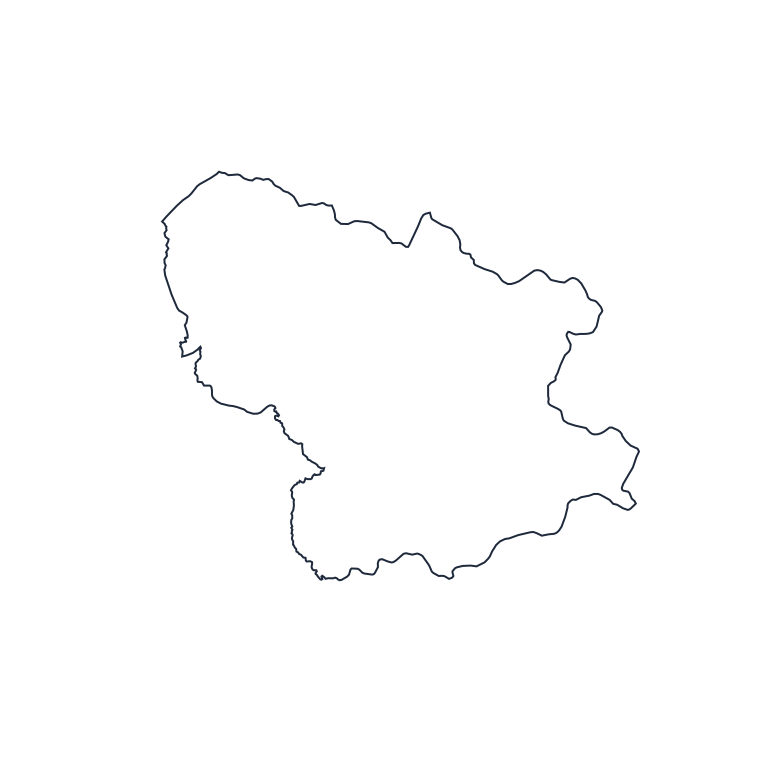 the district of Oesilo, Ambeno, East Timor, rotated 125°
{"feature_id": "22284137B5780280326887", "entity_name": "Oesilo", "entity_type": "district", "adm_level": 2, "iso_a3": "TLS", "parent_name": "East Timor", "parent_adm1": "Ambeno", "projection": "mercator", "projection_center": [124.373, -9.357], "detail": "fine", "context": "isolated", "style": "outline", "palette": "slate", "viewbox_px": 768, "rotation_deg": 125, "n_neighbors": 0, "source": "geoboundaries", "source_scale": "gbopen_adm2", "svg_char_len": 6166}
<svg xmlns="http://www.w3.org/2000/svg" viewBox="0 0 768 768"><g transform="rotate(125 384 384)"><path d="M304.8,640.9L308.0,641.5L314.6,644.1L325.9,649.5L329.0,650.5L338.7,651.1L342.1,651.7L348.6,654.1L357.1,656.0L372.0,658.3L378.2,658.9L378.7,655.4L379.8,653.6L379.9,652.5L381.4,651.8L382.7,650.3L386.3,650.4L388.2,648.3L388.8,647.1L389.0,643.4L391.3,642.5L395.2,641.9L396.6,638.4L401.2,638.1L401.5,636.9L402.6,636.4L403.5,635.2L407.8,635.4L410.8,633.1L412.0,630.9L414.7,629.8L416.2,629.6L420.6,625.5L432.6,609.3L440.2,597.2L441.4,594.1L441.0,589.9L441.0,586.0L441.3,583.9L441.9,583.3L447.1,581.0L450.1,580.9L454.2,575.4L456.7,572.8L458.7,571.4L459.3,571.9L459.6,573.0L460.4,573.5L461.7,572.1L462.4,570.6L463.0,570.4L464.0,571.6L465.7,572.7L466.5,574.6L467.1,574.7L468.1,573.0L470.2,572.5L470.3,571.1L472.8,567.6L477.3,565.1L473.8,562.1L468.0,558.3L462.8,556.5L458.8,555.8L459.5,554.6L462.2,554.1L462.8,552.9L464.8,551.9L466.3,550.0L468.7,549.2L470.6,550.0L472.4,549.9L474.5,550.4L475.4,550.1L477.6,548.0L479.6,547.8L479.8,546.4L480.4,545.9L483.5,545.4L484.1,544.2L484.3,541.8L485.7,540.3L488.3,538.7L489.0,537.8L486.9,534.2L488.5,530.5L485.2,525.8L485.1,524.9L485.9,523.2L488.6,520.7L491.6,518.6L492.6,517.5L493.4,515.8L494.2,511.0L493.6,506.3L490.5,498.3L488.8,495.3L487.3,491.5L485.1,484.0L485.3,480.1L483.4,474.1L480.8,470.6L478.0,468.7L469.9,466.7L467.3,465.5L465.8,463.6L465.2,461.1L465.2,460.4L466.0,459.1L467.8,459.3L469.1,458.3L469.0,457.1L468.3,456.5L469.3,455.1L469.1,453.9L469.8,452.1L471.1,452.0L471.4,453.7L472.5,454.7L473.5,454.5L474.8,453.4L475.4,451.7L474.6,450.6L474.8,449.1L474.0,448.0L475.1,446.5L474.6,445.4L474.8,444.8L476.8,443.2L477.1,441.6L478.5,439.4L480.2,439.0L481.3,437.4L481.5,432.6L483.4,430.0L482.7,427.5L483.1,424.6L482.4,420.6L481.9,419.5L480.2,418.0L480.1,416.5L482.3,415.1L487.9,410.1L488.1,405.1L489.6,403.0L488.9,400.7L489.1,399.0L488.5,394.4L488.7,392.0L489.4,390.7L489.3,389.0L489.0,386.8L488.4,386.3L488.2,385.5L487.3,384.8L489.8,383.9L491.8,385.6L493.8,384.6L495.1,384.7L498.0,388.0L497.7,389.0L498.1,389.3L500.3,389.6L502.9,389.0L504.1,389.6L505.9,392.3L506.3,394.2L509.9,393.2L511.0,393.5L511.5,394.4L511.7,397.5L513.3,397.0L514.6,398.4L516.0,398.0L518.2,399.3L522.4,399.5L524.5,399.2L524.9,397.6L525.5,397.0L528.2,395.6L529.1,394.7L529.9,393.6L530.2,391.7L530.6,391.2L532.0,390.7L535.2,388.1L539.3,386.0L543.4,385.5L544.0,384.1L546.6,382.1L548.3,382.0L550.1,381.1L551.9,379.6L553.4,377.3L554.9,377.5L556.0,375.3L557.3,375.2L558.1,374.4L559.4,374.2L559.6,372.9L560.2,372.1L563.2,371.0L564.1,370.0L564.9,368.2L567.8,366.3L567.9,365.3L569.1,363.4L569.5,361.4L571.5,359.6L571.2,357.6L571.9,356.3L571.5,353.9L572.4,350.6L571.4,348.6L573.4,346.8L573.8,345.6L571.5,342.8L571.2,340.8L572.2,339.9L575.4,338.4L576.7,336.7L577.0,335.0L575.4,332.6L576.0,331.6L578.2,331.6L578.8,331.1L578.9,329.2L579.6,327.9L580.5,324.3L580.3,323.1L579.1,322.6L577.6,324.8L576.5,324.6L576.5,322.2L577.1,320.2L575.0,318.2L572.5,314.4L570.7,313.0L570.2,311.3L570.5,309.4L570.2,307.8L568.8,306.4L562.9,303.7L560.3,303.3L555.1,305.0L553.7,304.7L550.6,299.9L550.2,297.8L551.0,293.4L550.5,291.4L547.0,284.5L545.7,283.3L543.9,283.1L537.5,283.9L534.3,286.3L532.0,287.0L530.5,286.9L528.6,285.1L527.1,278.8L525.9,275.5L524.6,274.2L521.8,273.0L511.9,270.6L510.0,268.9L507.6,263.0L504.3,260.0L503.5,258.8L502.9,256.1L502.8,253.9L506.0,244.9L507.0,242.5L510.2,237.3L510.5,235.3L509.9,229.2L507.3,225.6L506.7,224.0L506.3,218.9L503.5,217.1L501.5,217.0L499.1,219.8L498.1,220.5L494.0,220.1L492.3,219.1L487.9,215.2L483.0,208.8L480.3,203.6L472.4,199.3L467.5,198.5L464.5,198.4L459.2,199.4L451.5,199.8L446.4,198.7L441.6,196.0L438.5,192.8L430.8,187.4L421.3,178.9L419.6,176.8L418.7,173.8L417.7,167.7L412.8,163.0L409.1,158.7L406.9,157.3L403.7,156.6L399.1,156.7L389.1,159.3L379.9,162.8L378.2,164.0L376.2,164.7L372.6,164.1L370.4,163.1L368.8,160.3L363.6,157.5L357.6,151.7L353.7,149.0L351.8,146.4L351.1,145.1L350.6,142.8L349.5,132.7L350.7,127.6L349.2,123.8L348.7,116.9L347.3,112.1L346.1,111.1L344.1,110.4L337.5,109.1L336.2,111.5L335.8,115.3L332.6,120.2L332.2,122.4L334.1,126.7L334.0,128.2L332.8,129.6L328.4,130.8L309.5,132.3L298.9,135.4L293.0,136.4L291.6,139.1L293.0,146.8L292.0,153.3L289.8,159.1L288.5,160.8L287.8,163.2L287.7,166.1L288.9,172.3L290.4,174.3L296.5,176.3L299.9,178.0L302.8,180.3L304.9,183.2L305.5,185.2L305.5,187.6L304.2,193.2L308.5,203.7L310.7,210.8L310.9,215.8L309.7,217.8L304.9,223.1L304.5,224.7L304.6,227.1L305.8,234.6L305.9,236.5L305.4,238.2L304.4,239.2L301.6,240.6L299.9,242.5L291.4,248.5L287.5,248.0L284.3,246.3L282.4,245.8L281.2,246.3L280.1,247.5L275.4,248.1L266.9,250.4L256.7,252.3L251.4,251.2L248.9,251.4L244.6,253.7L240.7,260.8L239.5,262.3L238.2,263.0L235.6,263.0L235.0,261.9L234.3,257.6L233.4,255.2L230.3,251.8L226.9,247.0L224.7,244.7L221.7,242.6L215.0,242.8L204.7,246.9L199.5,246.9L198.4,247.6L196.6,250.4L195.0,256.1L194.8,258.6L196.4,262.8L196.4,265.1L195.9,266.8L193.9,269.3L191.9,272.6L188.5,280.0L187.5,285.0L187.9,288.0L189.0,290.4L191.0,291.9L197.4,294.4L199.8,299.0L202.5,305.7L203.0,307.5L201.2,314.1L200.9,317.8L201.3,320.6L202.6,323.5L204.9,325.9L222.2,332.3L226.4,334.9L229.2,337.3L231.1,339.9L231.7,344.8L231.5,346.8L229.3,353.3L229.3,355.6L229.7,359.5L232.2,367.5L234.2,377.6L233.6,379.5L230.9,381.6L230.4,385.3L228.4,387.5L228.6,389.1L229.9,391.1L231.0,393.9L231.1,395.8L230.5,398.0L228.8,399.9L225.8,401.6L222.8,404.6L220.7,408.6L218.2,416.7L218.2,418.8L220.5,427.4L221.4,439.0L220.8,440.5L217.3,444.7L220.6,447.5L223.0,448.7L227.0,448.5L235.2,446.6L255.9,443.0L257.9,442.9L259.1,444.9L258.8,450.2L259.7,452.4L263.7,457.9L262.5,461.1L261.9,464.9L259.0,470.9L259.7,478.3L259.6,486.6L260.3,489.1L265.8,499.3L267.7,501.7L273.6,505.2L277.5,511.1L277.2,517.7L275.4,519.9L273.2,521.5L270.6,524.5L267.7,529.1L269.5,531.5L270.5,533.9L270.5,536.7L271.2,538.5L276.6,542.7L279.2,548.2L285.8,554.2L286.8,555.7L282.5,564.9L282.1,567.4L282.1,572.4L283.5,576.8L283.0,581.9L283.9,586.8L283.5,589.0L282.3,591.8L282.3,596.1L283.8,598.1L286.1,600.1L286.7,603.0L288.6,606.7L290.2,607.7L292.8,608.5L294.6,611.9L295.9,616.8L295.5,621.7L296.2,623.9L302.2,631.2L302.5,635.4L303.9,637.7L304.8,640.9Z" fill="none" stroke="#1e293b" stroke-width="2"/></g></svg>